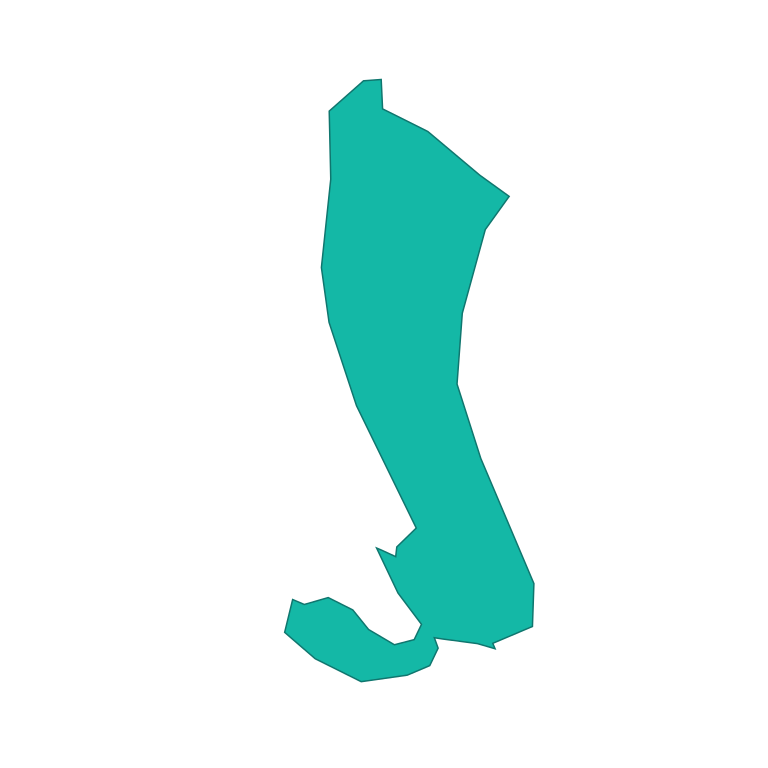 the border of Butel, rotated 337°
{"feature_id": "MKD-2921", "entity_name": "Butel", "entity_type": "Municipality", "adm_level": 1, "iso_a3": "MKD", "parent_name": "North Macedonia", "parent_adm1": "", "projection": "orthographic", "projection_center": [21.441, 42.07], "detail": "fine", "context": "isolated", "style": "filled", "palette": "teal", "viewbox_px": 768, "rotation_deg": 337, "n_neighbors": 0, "source": "natural_earth", "source_scale": "10m", "svg_char_len": 710}
<svg xmlns="http://www.w3.org/2000/svg" viewBox="0 0 768 768"><g transform="rotate(337 384 384)"><path d="M313.1,532.1L316.4,535.5L327.3,547.5L332.1,539.0L357.4,529.2L350.2,393.2L357.5,305.8L371.9,252.3L415.0,174.7L440.2,111.4L483.6,96.9L500.4,102.6L490.2,130.2L523.0,168.7L553.8,229.3L572.5,260.2L537.6,281.4L483.7,349.5L451.2,412.6L444.0,490.4L444.0,534.1L444.0,573.0L444.0,626.3L425.9,665.2L382.8,665.2L382.8,671.1L368.6,659.5L338.1,641.5L331.2,637.2L330.6,648.3L316.1,661.1L291.7,661.1L246.7,649.1L213.3,610.0L195.5,573.8L215.7,546.7L224.5,555.8L249.2,558.8L267.0,579.8L273.9,604.0L291.7,628.1L311.9,631.1L324.6,619.9L315.2,581.9L313.1,532.1Z" fill="#14b8a6" stroke="#0f766e" stroke-width="1.5"/></g></svg>